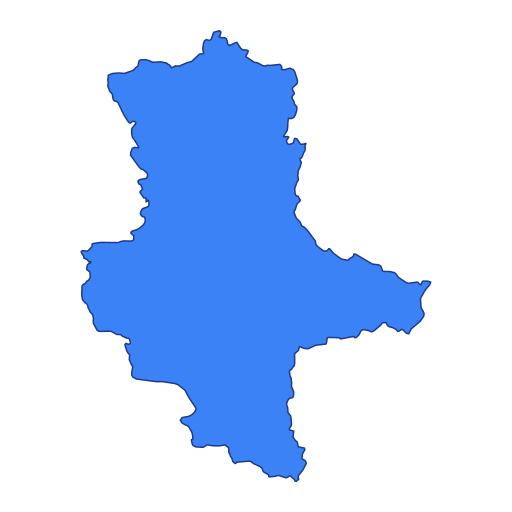 map outline of Sachsen-Anhalt (orthographic projection)
{"feature_id": "DEU-1600", "entity_name": "Sachsen-Anhalt", "entity_type": "State", "adm_level": 1, "iso_a3": "DEU", "parent_name": "Germany", "parent_adm1": "", "projection": "orthographic", "projection_center": [11.644, 51.989], "detail": "fine", "context": "isolated", "style": "filled", "palette": "blue", "viewbox_px": 512, "rotation_deg": 0, "n_neighbors": 0, "source": "natural_earth", "source_scale": "10m", "svg_char_len": 5994}
<svg xmlns="http://www.w3.org/2000/svg" viewBox="0 0 512 512"><path d="M99.0,331.4L97.0,330.1L93.3,323.1L93.3,317.1L92.4,314.3L90.2,312.1L89.4,310.0L88.4,308.5L87.7,305.7L87.0,304.2L84.9,302.6L82.4,299.5L81.7,294.2L82.1,285.8L83.1,284.5L85.3,283.4L86.7,281.3L88.6,280.2L90.1,277.7L90.3,276.0L89.9,272.7L89.5,271.7L86.9,269.7L86.7,268.9L87.4,264.9L88.6,263.7L90.5,262.9L91.0,262.0L90.6,261.6L88.9,261.8L87.1,259.6L83.8,257.9L83.5,255.9L81.4,252.7L81.3,251.3L82.6,250.6L86.4,251.1L88.1,250.7L92.0,246.6L92.2,243.9L93.3,243.5L100.7,242.4L118.0,242.6L121.4,241.3L124.1,240.9L130.5,241.1L132.8,240.7L133.5,239.7L133.7,238.8L133.7,235.7L131.1,233.5L130.9,232.8L131.0,232.2L132.2,231.1L136.8,229.7L139.5,228.2L142.7,225.5L144.1,223.8L145.3,221.1L144.9,217.7L144.4,217.0L142.7,216.7L141.4,215.8L140.4,213.8L140.6,212.3L141.7,209.7L142.8,208.6L148.1,206.6L148.7,205.7L149.0,204.5L148.9,201.8L148.2,200.2L147.5,200.3L146.9,201.5L146.2,201.8L145.9,198.0L143.8,197.9L140.0,192.4L140.1,191.5L142.2,189.5L142.5,188.4L141.5,186.8L141.1,185.2L138.5,183.6L138.0,181.2L138.3,180.4L140.6,179.4L146.4,178.4L147.1,177.4L147.7,174.5L146.9,172.9L143.1,169.6L141.0,168.9L139.7,167.8L130.5,155.2L130.8,152.2L132.3,148.4L134.7,147.3L137.7,147.9L138.7,147.6L137.7,145.3L134.2,139.5L132.5,137.5L131.7,133.8L131.7,129.4L132.0,128.3L135.3,124.2L135.8,123.2L135.7,122.5L135.2,121.9L133.2,121.2L132.1,121.6L130.6,123.0L129.4,122.9L128.3,121.8L123.9,114.9L117.9,102.4L115.9,101.1L114.6,101.1L113.3,99.7L112.7,97.2L112.4,94.3L109.9,91.4L107.8,86.1L108.2,82.9L107.8,79.3L108.3,77.6L108.1,75.7L108.6,75.0L112.9,73.4L118.9,73.0L124.4,73.4L131.7,70.9L134.1,69.6L135.4,68.0L137.8,66.1L138.3,65.2L138.5,62.6L139.1,61.0L139.5,60.4L141.1,59.8L145.7,59.7L149.6,60.8L152.9,62.3L160.4,61.8L166.6,63.0L168.1,64.4L169.7,65.1L171.0,67.2L171.6,67.6L173.0,67.3L175.6,65.7L176.6,66.1L179.3,66.0L187.1,62.7L191.6,61.5L199.5,54.1L203.1,53.7L203.6,53.2L202.9,49.9L202.8,47.9L203.6,43.1L204.6,40.6L206.5,39.6L208.3,40.2L210.0,40.2L211.2,39.3L213.7,32.3L219.4,30.7L220.7,31.6L220.7,33.5L220.0,35.5L219.0,36.6L220.7,37.6L224.9,37.7L226.4,38.8L227.3,41.5L227.5,43.5L228.1,44.8L230.4,45.2L234.9,42.9L236.9,42.4L240.8,48.4L242.6,49.8L246.6,50.0L248.2,50.9L247.5,53.4L246.0,55.7L245.8,56.6L254.1,62.2L257.7,62.9L262.9,65.7L265.1,66.1L267.1,65.3L270.3,65.4L279.8,64.4L281.1,65.6L281.8,67.1L281.6,69.5L284.9,69.7L289.8,68.2L293.4,69.6L294.8,72.0L297.4,80.1L297.5,81.5L296.9,83.9L292.8,87.4L292.5,88.0L292.4,88.8L292.8,90.4L294.0,92.4L294.3,93.8L292.6,95.7L292.0,97.2L292.4,98.9L293.8,101.2L294.6,104.3L296.9,106.9L296.7,110.6L295.4,114.7L294.0,117.3L291.6,118.5L288.5,118.5L287.9,121.8L287.7,126.9L287.2,130.4L283.6,136.2L283.7,136.6L284.5,136.9L287.7,136.5L288.6,137.0L288.7,137.4L286.8,140.0L286.6,140.6L286.8,142.5L287.9,144.0L289.6,144.4L292.7,143.3L293.7,142.1L294.3,139.0L295.1,138.4L296.5,138.7L297.4,139.5L300.1,143.6L300.9,144.3L304.0,144.1L305.4,143.4L305.9,143.8L305.0,145.9L305.2,149.1L304.9,150.6L303.4,153.3L302.3,156.5L301.5,157.8L299.9,159.0L300.1,160.3L301.2,162.0L301.2,162.8L300.2,166.8L298.0,171.4L298.2,173.0L297.7,175.3L298.4,179.2L298.3,180.0L296.7,182.8L294.8,188.4L294.7,189.5L295.2,194.3L296.6,196.0L297.9,196.2L298.3,196.6L299.2,198.5L300.3,199.9L299.9,201.0L296.9,204.2L295.3,209.5L294.3,211.1L294.0,212.4L296.3,218.2L300.2,222.1L301.6,225.7L304.7,227.5L307.2,230.1L315.4,241.1L316.0,244.8L317.8,246.7L323.9,251.1L327.1,250.9L328.7,248.7L329.9,249.0L333.3,253.1L339.5,257.8L341.8,259.1L347.9,260.3L349.7,258.5L352.9,256.7L353.5,255.9L353.9,254.1L355.5,254.1L372.4,264.1L378.9,264.9L380.9,266.3L382.6,271.0L383.3,271.4L390.3,271.6L394.5,272.7L396.1,274.1L398.4,277.4L405.9,282.4L408.3,283.3L417.0,282.1L417.9,282.3L419.1,283.8L420.8,284.8L422.3,281.8L423.1,281.1L428.2,281.2L430.7,282.2L429.6,284.9L425.2,290.1L420.7,298.0L420.5,299.5L421.0,306.8L421.8,309.1L423.1,311.2L424.1,313.6L423.7,316.2L420.2,321.3L411.3,328.8L408.7,333.8L406.3,333.2L403.5,330.3L401.6,329.3L399.3,331.0L397.6,331.3L395.8,329.2L392.8,327.7L389.2,326.7L387.5,325.6L386.0,322.5L382.2,322.9L381.0,324.8L374.3,330.6L371.7,331.9L367.8,330.3L363.0,329.6L361.0,330.8L358.8,335.1L356.1,337.6L354.5,337.6L353.9,336.7L353.3,336.5L340.6,338.9L338.9,337.7L328.4,337.4L327.2,337.9L326.5,342.8L326.1,343.8L325.6,344.1L315.8,345.2L308.1,348.8L304.1,348.4L299.8,346.5L299.2,347.3L298.5,350.3L294.6,353.7L294.7,363.6L294.1,366.1L292.9,367.1L291.8,368.9L289.6,370.6L289.5,371.3L289.9,375.6L291.1,378.0L291.6,382.8L291.5,386.3L293.5,391.4L293.7,393.0L293.5,395.7L292.8,397.4L291.9,397.9L290.0,398.1L288.4,399.4L287.2,401.7L286.8,403.0L286.6,404.6L287.7,407.9L287.9,412.3L290.5,415.7L291.0,417.9L291.5,424.1L290.9,426.3L289.5,428.3L289.6,429.9L293.7,431.1L293.1,436.9L294.4,439.4L297.4,442.3L297.9,445.8L298.4,446.6L298.9,447.0L304.5,448.1L304.8,449.7L302.5,453.9L301.9,458.3L302.2,459.0L304.9,460.4L306.1,462.3L306.2,463.2L306.1,463.8L303.0,469.7L298.4,475.7L298.2,477.4L298.7,479.2L296.3,481.3L295.2,481.2L294.2,479.4L290.7,476.2L289.9,475.9L289.3,475.9L288.2,476.9L286.2,477.8L278.5,475.4L274.6,476.4L269.1,476.9L268.8,476.5L268.5,474.7L264.1,472.3L262.9,470.9L262.1,468.4L260.1,466.6L253.6,463.6L250.7,461.4L249.1,461.1L237.1,462.2L235.4,463.5L234.5,463.1L232.7,461.4L232.0,458.5L230.4,456.2L230.0,454.7L228.9,452.6L228.7,448.4L228.4,447.5L224.9,444.9L219.5,445.9L213.4,445.8L207.2,444.9L203.1,447.3L195.8,446.9L193.2,445.6L192.3,444.2L191.4,440.2L191.7,439.6L192.7,439.2L192.9,438.8L192.7,435.7L191.9,432.3L189.1,427.4L187.7,425.9L184.9,424.7L181.9,422.8L180.3,420.2L182.1,417.6L188.9,416.3L192.3,414.4L193.8,413.0L195.1,411.2L196.2,408.5L188.6,397.1L185.0,390.2L178.1,384.7L174.7,383.5L162.4,381.6L156.8,381.7L136.3,379.0L132.8,377.0L131.7,375.0L131.9,371.6L132.7,366.7L131.3,364.4L129.3,359.7L129.6,354.8L127.7,352.6L126.9,351.1L125.1,345.6L125.0,344.4L126.0,343.4L128.6,344.3L129.8,343.9L130.4,343.3L130.2,341.3L129.1,338.7L128.5,338.2L126.7,338.1L122.4,336.2L120.7,334.6L116.8,334.4L110.9,331.2L99.0,331.4Z" fill="#3b82f6" stroke="#1e3a8a" stroke-width="1.5"/></svg>